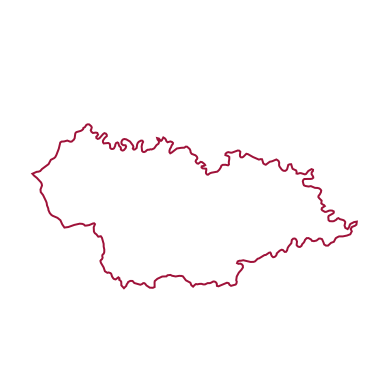 outline of Araguari, Minas Gerais, Brazil, rotated 156°
{"feature_id": "56859067B42575521245529", "entity_name": "Araguari", "entity_type": "district", "adm_level": 2, "iso_a3": "BRA", "parent_name": "Brazil", "parent_adm1": "Minas Gerais", "projection": "orthographic", "projection_center": [-48.261, -18.607], "detail": "fine", "context": "isolated", "style": "outline", "palette": "rose", "viewbox_px": 384, "rotation_deg": 156, "n_neighbors": 0, "source": "geoboundaries", "source_scale": "gbopen_adm2", "svg_char_len": 6008}
<svg xmlns="http://www.w3.org/2000/svg" viewBox="0 0 384 384"><g transform="rotate(156 192 192)"><path d="M167.0,104.3L164.1,103.1L162.6,103.0L159.2,104.3L157.6,104.1L151.5,104.9L150.2,104.5L146.2,105.2L145.1,104.9L144.9,103.8L145.2,102.6L145.1,100.9L144.4,99.4L143.0,99.1L141.7,99.4L140.1,100.4L139.6,101.4L135.8,102.7L133.6,102.8L132.6,102.1L131.7,99.6L130.4,99.1L128.9,100.0L127.3,102.0L125.7,103.1L122.1,104.8L120.3,107.6L118.5,108.2L117.0,107.7L116.2,106.3L116.2,104.1L118.0,101.0L117.6,99.4L116.8,98.5L115.8,97.9L114.0,98.2L112.4,99.6L111.0,100.1L109.6,100.9L108.2,102.3L106.0,103.2L104.3,102.5L102.5,100.1L102.3,98.6L100.6,97.5L98.0,97.0L94.9,97.8L93.6,97.2L92.4,96.0L92.4,92.5L92.6,90.3L91.4,88.5L89.5,87.7L85.7,89.0L82.7,88.8L79.5,91.3L77.4,91.6L75.7,91.6L72.3,90.1L68.2,89.2L64.6,89.0L62.0,91.1L62.1,93.6L60.0,95.0L56.8,94.9L55.1,95.3L53.5,97.9L56.2,98.6L60.3,98.4L61.6,97.5L62.4,96.3L64.9,94.8L66.5,96.8L66.3,99.3L64.6,101.5L64.2,102.5L64.6,104.0L65.4,105.0L67.9,107.0L68.9,108.6L70.3,108.6L71.4,108.0L74.3,107.7L75.6,108.1L78.1,109.4L78.7,110.7L77.7,113.7L76.8,114.6L72.0,115.0L70.9,115.4L70.4,116.6L71.4,117.9L72.8,118.7L74.3,119.2L77.4,119.3L78.7,119.8L80.5,122.3L80.7,123.4L79.9,124.5L76.4,125.1L76.7,126.3L77.8,127.6L78.5,129.0L77.1,131.4L78.4,134.8L78.6,136.1L77.7,137.2L76.4,137.7L74.2,139.5L73.3,140.9L73.6,142.2L74.3,143.5L75.6,144.6L78.0,145.8L81.0,149.0L83.3,149.6L86.0,151.4L87.0,152.6L87.0,153.9L86.4,156.8L85.2,157.9L84.1,158.2L78.1,155.6L76.7,155.3L75.4,155.7L75.1,156.8L75.5,159.8L74.6,161.3L73.1,161.9L72.4,163.1L73.5,164.3L77.2,163.9L80.5,162.1L81.7,162.2L84.8,164.9L85.9,165.4L88.1,165.7L89.0,166.4L88.3,167.7L88.1,169.3L90.6,172.2L90.6,173.5L90.1,177.0L91.6,177.6L93.0,177.6L95.7,174.3L96.8,173.6L98.3,173.4L99.9,174.3L100.9,176.0L101.7,179.8L101.5,181.2L100.4,183.4L100.3,184.9L100.8,186.1L101.7,187.4L106.3,187.5L108.7,188.0L113.5,186.9L114.5,187.9L115.2,189.1L114.7,193.4L115.9,194.1L117.7,194.4L122.1,199.2L125.5,203.8L126.8,204.8L130.7,203.3L132.0,203.2L133.2,203.8L133.6,204.9L133.1,206.5L131.5,209.1L132.0,210.5L133.3,211.3L139.4,211.7L140.5,212.1L142.7,213.7L144.3,213.8L145.8,213.3L146.5,212.1L144.4,210.2L143.7,208.8L144.5,207.0L146.2,204.4L147.1,202.1L148.2,201.7L150.4,203.3L152.9,204.3L154.4,204.1L155.7,202.8L157.9,201.3L160.5,200.3L166.4,201.7L168.0,201.8L170.4,201.3L171.2,201.9L171.6,203.2L171.2,204.5L169.9,206.4L169.6,207.5L172.7,209.3L173.3,210.5L172.7,211.5L170.2,211.0L169.0,211.2L169.3,212.6L170.6,215.1L171.8,216.0L174.7,215.3L175.6,215.9L176.2,217.4L176.2,218.6L175.3,219.5L174.2,219.9L173.3,220.8L173.2,222.3L173.9,224.1L176.8,227.0L177.1,228.7L176.6,230.7L176.7,232.4L178.1,235.4L179.3,236.0L180.9,235.6L184.0,236.8L188.1,237.9L194.5,236.3L196.1,236.2L196.4,237.5L195.8,238.9L194.6,240.3L193.0,241.4L191.5,242.9L190.1,243.6L189.4,244.5L189.9,245.8L191.2,247.0L194.1,247.4L194.7,248.8L194.6,250.6L195.0,252.1L196.0,253.5L198.4,251.6L199.6,251.3L200.5,254.3L201.9,255.4L202.1,253.8L201.5,252.1L202.2,250.5L203.1,249.7L205.3,249.3L208.7,247.3L210.2,247.2L211.6,247.3L212.8,248.0L213.8,248.0L215.2,248.6L216.6,248.5L217.9,247.9L219.6,248.0L220.5,248.7L220.9,249.9L219.5,254.1L217.8,256.4L216.3,257.6L216.4,259.0L217.6,259.7L220.3,259.5L221.8,258.7L222.8,257.7L224.7,254.7L227.1,254.1L228.1,254.6L228.4,255.8L227.2,257.0L227.0,258.4L228.1,263.3L230.6,266.8L232.2,267.9L233.5,268.1L234.7,267.7L235.9,266.7L236.5,265.6L236.7,264.4L235.9,262.8L233.7,261.7L233.7,260.3L234.8,259.1L237.1,258.0L238.4,258.0L239.3,258.8L239.7,259.8L239.1,261.0L239.1,262.2L239.7,263.2L239.7,264.6L239.4,266.8L240.0,267.6L241.4,267.6L242.7,266.6L243.4,265.4L245.5,263.6L246.8,263.5L248.2,264.2L248.8,265.6L247.9,267.9L247.6,269.5L248.5,270.8L252.9,272.3L253.1,273.5L252.7,274.8L251.7,275.7L249.5,277.0L247.1,277.7L246.6,278.9L246.9,280.3L248.1,281.4L249.6,281.1L254.8,278.7L256.5,278.8L257.4,280.2L257.0,281.4L255.8,281.8L254.5,282.6L254.5,284.5L255.7,285.4L258.5,286.2L259.4,287.9L259.4,289.6L258.4,290.4L257.3,291.8L257.3,293.0L258.4,295.5L259.6,296.2L261.1,296.3L263.5,294.8L265.2,294.7L265.9,293.7L267.4,293.2L268.9,293.1L273.0,293.7L274.1,293.5L274.9,292.8L277.3,288.9L278.6,287.9L281.4,287.0L282.8,287.5L285.0,289.7L288.2,290.2L290.7,291.1L292.2,290.8L296.1,285.7L300.7,281.1L302.7,279.5L304.2,279.0L307.9,278.8L311.7,275.8L319.7,274.0L322.1,272.9L323.9,273.0L325.7,273.6L330.4,273.6L329.6,271.1L328.0,268.0L326.0,262.1L326.0,260.5L326.4,258.9L329.4,255.9L330.2,253.4L329.3,249.8L329.1,242.8L329.2,241.2L329.9,238.7L330.0,235.5L330.5,233.9L330.5,230.7L329.8,228.3L329.0,227.0L325.4,223.1L323.7,219.7L323.7,215.2L323.0,211.4L319.2,210.3L312.9,209.8L307.4,208.7L305.2,207.5L304.1,206.4L303.4,204.8L302.1,204.3L299.4,203.6L295.2,203.5L294.1,203.2L293.7,202.1L296.1,199.8L297.7,195.7L297.5,193.9L296.6,192.3L295.8,189.3L293.3,188.7L292.9,186.8L293.8,180.6L294.9,178.0L295.5,175.2L296.6,172.8L297.7,171.6L299.2,171.1L300.0,170.1L300.4,168.3L301.6,167.2L302.8,166.9L303.7,166.3L304.0,164.4L303.4,159.1L303.8,155.0L302.2,152.6L300.9,152.4L299.4,151.0L299.1,150.0L299.4,147.3L299.0,145.0L298.5,144.1L297.3,143.2L294.0,144.0L293.4,142.7L294.2,141.4L293.4,140.2L293.2,138.7L294.5,135.4L293.3,131.8L290.2,133.0L289.2,134.2L288.0,134.8L287.0,135.7L284.6,135.9L282.5,134.9L281.7,132.3L276.9,128.3L275.1,128.2L273.6,128.6L272.5,128.0L271.9,126.5L271.7,125.3L269.5,121.8L266.7,120.4L264.8,120.4L262.9,124.8L262.2,125.8L258.9,126.8L253.6,126.9L249.6,125.3L248.3,125.9L245.4,125.0L244.3,123.6L241.3,121.5L237.8,120.6L235.6,119.5L234.6,118.6L233.5,113.8L230.4,109.8L230.5,107.1L229.5,105.1L227.3,106.0L225.8,106.3L224.7,105.5L222.2,104.9L220.6,104.2L219.3,103.0L217.7,102.3L214.8,102.4L212.8,101.5L211.5,101.4L209.0,101.6L207.7,100.9L207.0,100.0L206.6,98.4L207.4,96.1L206.2,95.1L197.0,94.9L195.6,93.8L195.5,92.0L194.5,90.4L189.8,89.7L188.7,90.3L187.6,91.8L187.5,93.4L185.5,96.6L182.0,99.3L178.4,100.9L176.2,102.3L175.5,104.1L175.9,105.6L176.9,106.9L178.8,107.5L179.8,108.7L178.5,110.0L176.6,109.9L175.3,109.3L172.9,108.8L167.0,104.3Z" fill="none" stroke="#9f1239" stroke-width="2"/></g></svg>